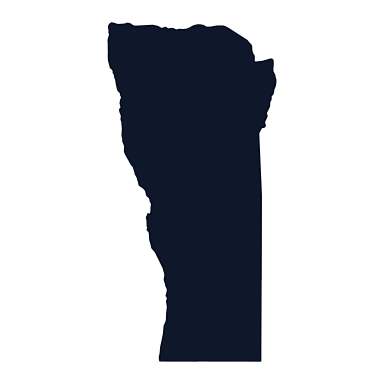 the Province of San Luis
{"feature_id": "ARG-1298", "entity_name": "San Luis", "entity_type": "Province", "adm_level": 1, "iso_a3": "ARG", "parent_name": "Argentina", "parent_adm1": "", "projection": "natural_earth1", "projection_center": [-66.295, -33.924], "detail": "fine", "context": "isolated", "style": "filled", "palette": "ink", "viewbox_px": 384, "rotation_deg": 0, "n_neighbors": 0, "source": "natural_earth", "source_scale": "10m", "svg_char_len": 3696}
<svg xmlns="http://www.w3.org/2000/svg" viewBox="0 0 384 384"><path d="M260.9,279.7L260.6,348.3L260.6,360.8L260.3,360.9L260.1,361.0L257.5,360.9L199.0,360.8L196.6,360.9L160.3,360.8L159.9,360.7L159.5,358.0L159.6,356.7L160.4,352.9L160.9,347.0L163.6,334.2L164.3,326.0L166.3,321.4L166.6,319.8L166.9,312.5L167.6,307.4L167.5,306.1L166.7,301.1L166.9,300.6L167.2,300.0L167.5,299.1L167.6,298.1L167.4,297.4L167.0,296.7L166.3,295.8L167.5,291.1L167.6,289.7L167.3,288.4L166.1,286.0L165.8,285.0L165.6,283.5L164.6,280.5L164.4,279.4L165.1,275.2L164.9,273.5L163.2,267.6L155.4,251.8L152.3,248.3L151.8,247.1L151.5,245.2L150.0,240.0L149.5,233.1L149.0,231.5L147.9,230.6L147.3,229.6L148.1,227.8L147.4,226.3L147.2,220.1L146.6,218.0L146.7,216.9L147.7,215.3L147.9,214.2L148.1,213.9L148.5,213.9L149.4,214.5L149.9,214.4L150.8,213.3L151.1,211.5L151.3,207.2L151.7,204.7L151.6,203.5L150.5,201.5L150.0,198.9L149.5,197.7L148.6,196.9L147.5,196.1L146.7,195.0L146.0,191.3L145.2,189.8L144.1,188.7L143.1,187.7L140.7,186.1L139.5,185.1L139.0,184.1L138.8,182.5L137.2,177.1L135.6,174.3L134.7,170.7L134.4,170.0L133.5,167.1L133.1,166.3L131.7,164.9L125.4,153.7L124.7,151.8L124.6,150.3L124.9,146.7L124.6,145.2L123.0,141.4L123.0,138.5L122.7,137.7L122.2,135.5L122.6,129.1L122.0,121.7L121.4,120.1L121.2,119.1L121.3,118.3L121.6,116.7L121.6,115.8L120.3,112.3L119.7,110.1L120.0,109.1L121.0,108.3L121.1,106.3L120.2,102.9L120.5,102.2L120.8,100.0L121.9,97.5L121.6,96.6L121.0,95.7L120.7,94.3L120.5,92.9L120.0,92.2L119.3,91.6L118.4,90.7L117.9,89.8L117.5,88.7L116.2,82.1L116.1,80.9L115.9,79.8L114.9,77.3L114.6,75.1L114.4,74.4L114.0,73.7L113.6,73.1L113.3,72.6L113.4,71.2L113.3,70.6L112.8,69.7L112.1,68.9L110.6,67.8L108.7,60.3L108.5,56.9L108.6,51.3L108.5,48.8L108.5,43.8L108.4,42.5L108.3,40.7L108.3,40.0L108.5,39.0L109.5,35.5L109.5,35.4L109.6,35.0L109.7,34.4L109.6,33.6L109.3,32.7L109.1,32.5L109.1,32.4L109.2,32.1L109.3,30.8L109.2,30.0L108.8,28.0L108.7,27.2L108.7,26.7L108.8,26.2L109.0,25.5L109.5,24.7L110.1,23.9L111.6,23.0L114.4,23.6L116.5,24.4L117.5,24.6L118.9,24.7L124.5,24.3L126.8,23.5L127.4,23.4L128.2,23.5L129.8,23.9L130.5,24.2L131.1,24.5L132.0,25.3L132.3,25.6L132.6,25.8L133.0,25.9L135.5,26.4L152.5,25.5L157.0,26.4L158.5,27.0L160.4,28.1L161.1,28.5L161.6,28.6L162.2,28.6L163.3,28.3L164.7,27.6L165.1,27.6L165.7,27.6L166.4,28.0L167.7,29.0L167.9,29.0L168.2,29.1L171.7,28.6L172.3,28.6L172.9,28.7L173.8,29.0L175.6,30.0L176.2,30.1L176.9,30.1L179.1,29.6L180.0,29.5L183.2,29.8L186.6,29.4L189.9,28.1L192.6,26.5L194.1,25.9L197.4,25.0L200.0,25.0L203.1,25.6L203.8,25.9L204.2,26.1L205.2,26.8L205.6,27.0L206.2,27.3L207.2,27.4L210.4,27.4L217.1,26.2L222.9,26.2L225.0,26.8L228.4,28.6L246.9,40.5L248.7,42.7L250.5,44.6L251.0,45.2L251.2,45.7L251.5,47.0L251.5,47.4L251.5,48.9L251.6,49.8L251.7,50.7L252.1,52.4L252.7,53.9L253.8,55.5L253.9,55.9L254.1,56.7L254.0,60.2L254.0,60.7L254.2,61.5L254.4,61.9L254.9,62.2L255.7,62.3L262.8,61.5L269.4,59.5L270.7,59.2L271.1,59.2L271.6,59.2L272.0,59.4L272.3,59.6L272.6,59.9L272.8,60.6L273.0,61.7L273.0,64.2L272.9,66.4L272.6,68.5L272.6,70.4L272.7,71.1L273.0,72.0L274.5,74.9L274.8,76.5L275.1,78.1L275.7,79.8L275.7,80.2L275.7,81.0L275.5,83.7L275.1,85.9L273.6,89.6L273.1,92.9L273.0,93.5L272.7,94.1L272.2,94.7L271.2,95.7L271.0,96.1L270.9,96.7L270.9,97.6L271.0,98.7L270.9,99.2L270.7,99.8L269.8,101.5L269.6,102.0L269.5,102.7L269.4,105.7L269.3,106.3L269.0,107.1L266.5,112.2L266.3,112.7L266.2,113.3L266.4,114.3L266.9,115.7L266.8,116.5L266.4,117.5L264.7,121.0L264.4,121.8L264.3,123.1L265.1,125.0L265.1,125.5L265.1,126.0L264.7,126.6L264.3,126.9L263.9,127.1L262.2,127.4L261.6,127.6L261.4,127.8L261.2,128.1L261.0,128.4L258.9,132.3L258.6,133.2L258.5,133.6L261.2,195.2L261.0,279.6L260.9,279.7Z" fill="#0f172a" stroke="#020617" stroke-width="1.5"/></svg>